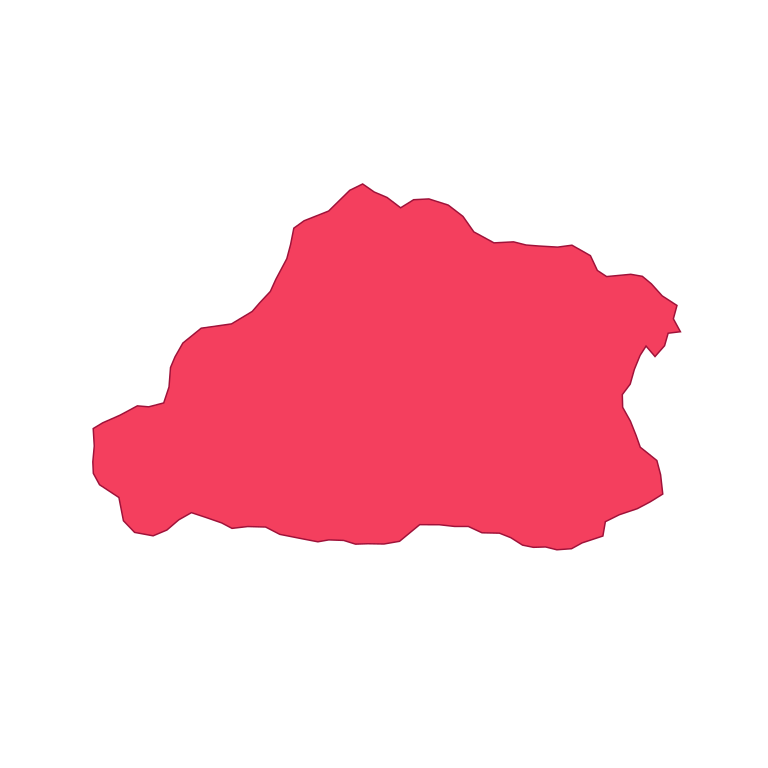 the district of São João do Pau d'Alho, São Paulo, Brazil, rotated 78°
{"feature_id": "56859067B53554548592147", "entity_name": "São João do Pau d'Alho", "entity_type": "district", "adm_level": 2, "iso_a3": "BRA", "parent_name": "Brazil", "parent_adm1": "São Paulo", "projection": "albers", "projection_center": [-51.671, -21.228], "detail": "fine", "context": "isolated", "style": "filled", "palette": "rose", "viewbox_px": 768, "rotation_deg": 78, "n_neighbors": 0, "source": "geoboundaries", "source_scale": "gbopen_adm2", "svg_char_len": 1436}
<svg xmlns="http://www.w3.org/2000/svg" viewBox="0 0 768 768"><g transform="rotate(78 384 384)"><path d="M368.1,81.1L355.6,93.6L341.7,101.6L332.4,108.9L328.0,119.8L325.2,143.9L317.3,151.7L301.4,155.4L287.3,171.3L286.2,185.7L281.2,203.9L277.6,216.1L271.9,227.7L268.8,247.1L253.9,264.5L236.5,271.9L222.4,283.9L212.3,301.6L209.9,316.7L215.1,331.1L202.2,342.2L194.2,353.6L183.9,363.3L187.4,377.2L203.3,402.2L207.7,428.2L212.8,439.8L228.2,446.4L241.2,453.0L259.2,468.1L269.8,475.9L278.8,488.8L285.6,497.8L293.5,520.7L291.4,551.2L302.1,572.2L314.0,582.8L323.5,589.4L342.2,594.9L356.7,603.4L357.4,618.9L354.1,629.8L359.6,648.7L363.5,667.3L367.1,677.7L384.4,680.3L399.6,685.0L411.0,686.9L423.4,683.2L439.9,666.9L463.6,667.3L477.3,658.8L484.5,641.4L481.7,626.7L474.2,613.0L469.8,599.1L477.7,585.6L486.1,571.7L493.6,562.7L495.1,546.9L499.3,529.5L509.4,517.2L518.4,496.2L524.6,481.5L525.0,470.4L528.6,456.0L534.7,445.2L536.9,432.9L540.5,417.3L541.1,401.5L529.0,378.3L533.2,359.0L538.1,344.3L540.9,331.1L549.9,319.1L553.9,302.1L560.7,291.9L570.4,282.0L574.8,271.9L577.0,259.8L582.1,249.4L584.1,234.8L580.6,223.2L578.2,201.5L564.7,196.1L560.8,181.0L558.6,162.1L554.6,148.1L549.6,134.2L530.2,132.3L515.6,133.0L499.1,146.5L486.8,148.1L471.6,150.7L456.4,155.4L443.9,153.1L435.3,143.2L421.8,136.1L409.3,127.6L401.4,119.8L413.5,113.2L404.9,101.6L393.4,95.5L394.5,83.2L380.4,87.4L368.1,81.1Z" fill="#f43f5e" stroke="#9f1239" stroke-width="1.5"/></g></svg>